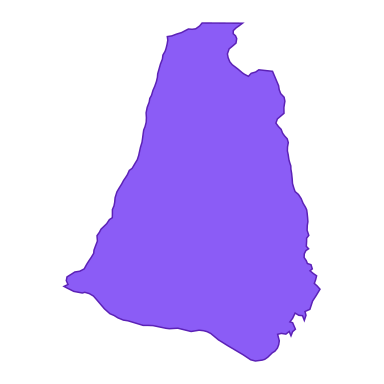 outline of Iepê, São Paulo, Brazil
{"feature_id": "56859067B81358319526354", "entity_name": "Iepê", "entity_type": "district", "adm_level": 2, "iso_a3": "BRA", "parent_name": "Brazil", "parent_adm1": "São Paulo", "projection": "robinson", "projection_center": [-51.054, -22.634], "detail": "fine", "context": "isolated", "style": "filled", "palette": "violet", "viewbox_px": 384, "rotation_deg": 0, "n_neighbors": 0, "source": "geoboundaries", "source_scale": "gbopen_adm2", "svg_char_len": 2600}
<svg xmlns="http://www.w3.org/2000/svg" viewBox="0 0 384 384"><path d="M308.8,235.4L307.1,230.3L307.3,225.3L307.9,221.8L307.6,217.7L307.2,213.6L306.7,209.9L305.5,207.3L303.1,203.3L301.1,198.5L298.4,194.4L295.1,191.6L293.9,188.3L292.5,183.5L292.2,179.0L291.6,173.2L290.9,169.1L290.8,165.9L289.7,162.6L288.9,159.6L288.2,154.7L287.4,151.0L287.5,147.0L288.3,142.6L287.2,138.8L284.6,136.0L282.6,133.2L281.1,129.3L278.5,126.6L275.9,123.1L277.4,118.9L284.0,113.3L283.9,107.4L284.9,101.2L284.1,97.2L280.7,93.6L279.2,89.7L278.6,85.7L272.5,71.3L258.8,69.8L255.7,72.0L251.2,73.3L248.4,76.3L244.5,74.3L242.3,72.8L238.1,69.2L232.2,64.7L229.8,61.8L228.1,57.6L227.4,53.9L229.1,48.9L233.0,45.7L236.0,43.1L236.7,38.6L235.5,35.8L233.2,33.7L233.3,30.6L236.2,27.8L238.8,26.0L242.5,23.2L202.1,23.0L199.6,26.0L195.7,28.8L192.1,29.3L188.4,29.0L185.5,30.5L181.5,32.6L176.5,34.1L171.8,35.9L167.3,36.6L167.8,40.1L167.1,44.2L166.1,48.3L165.1,51.3L162.9,55.1L162.4,59.1L160.5,63.9L159.2,68.5L157.7,73.8L157.4,77.4L156.4,81.6L154.8,86.2L153.0,90.3L151.5,95.4L149.8,98.4L149.2,102.1L147.2,107.3L146.1,112.8L146.4,117.8L146.2,122.2L145.1,126.5L143.7,130.0L143.2,133.5L142.5,138.8L142.0,142.3L140.5,147.2L139.5,151.7L138.7,155.4L137.3,159.7L135.1,163.3L133.6,165.9L132.1,168.4L129.3,170.4L127.4,174.7L125.6,177.5L123.6,180.4L121.7,184.0L119.0,188.3L116.9,191.9L115.1,197.7L114.7,202.2L114.0,205.8L112.4,209.6L112.4,214.3L112.3,217.7L109.4,219.6L106.7,223.7L103.3,227.0L101.0,229.2L99.4,232.3L97.0,235.7L97.4,241.1L95.5,246.0L94.0,250.1L93.7,253.3L91.3,257.3L89.1,260.5L86.7,264.3L84.2,268.9L79.8,271.2L74.8,272.0L71.2,274.3L67.0,276.9L66.3,280.6L68.0,284.5L64.0,286.4L67.4,288.2L73.8,291.4L82.3,293.0L84.8,292.3L89.3,293.6L93.4,296.0L95.9,298.8L99.4,302.9L104.4,308.8L109.9,313.7L114.1,315.5L118.0,317.9L123.4,320.1L128.0,320.8L143.2,325.4L148.1,325.4L153.0,325.6L166.0,328.3L169.4,328.7L177.8,328.2L191.1,331.5L199.1,330.2L203.6,330.7L207.2,331.7L210.8,333.5L218.5,339.9L227.8,345.7L243.2,354.8L250.7,359.8L255.4,361.0L262.2,360.1L264.8,359.3L267.8,357.2L272.3,352.8L274.9,351.2L277.4,348.1L278.7,344.7L279.3,340.8L277.6,334.3L281.3,333.4L285.9,334.1L289.2,331.5L291.0,335.8L292.6,331.7L295.4,329.2L292.6,322.7L289.9,321.9L292.5,318.5L295.1,313.1L298.8,315.3L302.5,315.7L304.3,320.4L306.0,315.3L305.0,311.5L309.9,309.3L312.6,301.0L316.2,295.5L320.0,289.2L317.2,286.0L314.3,283.4L315.6,279.8L316.6,275.8L313.3,273.5L310.0,270.8L312.3,268.9L311.0,264.7L307.4,263.5L306.3,260.7L304.1,257.5L304.3,253.8L305.9,250.6L308.6,248.8L306.3,246.3L306.6,241.4L306.6,238.2L308.8,235.4Z" fill="#8b5cf6" stroke="#5b21b6" stroke-width="1.5"/></svg>